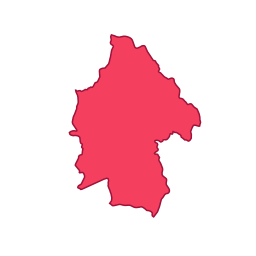 the border of Ouaka, rotated 335°
{"feature_id": "CAF-809", "entity_name": "Ouaka", "entity_type": "Prefecture", "adm_level": 1, "iso_a3": "CAF", "parent_name": "Central African Republic", "parent_adm1": "", "projection": "mercator", "projection_center": [20.78, 6.114], "detail": "fine", "context": "isolated", "style": "filled", "palette": "rose", "viewbox_px": 256, "rotation_deg": 335, "n_neighbors": 0, "source": "natural_earth", "source_scale": "10m", "svg_char_len": 5711}
<svg xmlns="http://www.w3.org/2000/svg" viewBox="0 0 256 256"><g transform="rotate(335 128 128)"><path d="M113.7,219.4L113.5,219.1L112.9,217.9L113.2,216.8L113.8,215.8L114.1,215.0L113.7,213.8L112.8,212.5L111.7,211.5L110.7,211.0L110.2,210.6L109.0,207.9L107.9,206.1L107.0,205.2L106.1,204.8L104.9,204.6L102.2,203.7L101.2,203.2L100.0,202.3L97.4,199.1L96.4,198.4L92.6,196.9L90.8,195.7L89.4,194.5L87.9,193.6L82.8,192.5L81.4,192.0L80.8,191.2L80.5,190.3L79.5,188.6L80.8,187.8L81.3,187.6L82.1,187.1L82.8,186.2L83.8,184.5L84.8,180.5L84.9,178.8L85.0,178.0L85.2,177.0L85.3,173.3L85.5,172.2L85.7,171.6L86.3,170.8L87.0,169.0L87.3,168.6L87.8,168.0L88.1,167.6L88.3,167.0L88.4,166.3L88.5,165.4L87.5,164.6L84.6,164.2L60.3,164.0L59.2,163.7L58.7,162.5L58.3,162.1L58.0,161.7L57.6,161.4L57.4,161.0L57.4,160.6L57.9,160.0L58.4,159.6L59.0,159.4L61.7,159.1L62.4,158.7L67.7,154.4L68.3,153.3L68.6,152.1L68.6,150.3L68.3,149.5L67.9,149.0L65.6,148.3L65.3,148.2L65.2,148.0L65.1,147.7L65.2,147.4L65.9,146.7L66.0,146.5L66.0,146.1L65.9,145.4L64.6,140.2L64.5,139.4L65.4,138.4L70.2,134.6L70.9,133.7L71.1,133.1L71.3,132.9L71.5,132.8L71.7,132.6L72.0,132.5L72.4,132.3L72.7,132.3L73.1,132.3L73.4,132.3L74.4,132.5L74.9,132.5L75.3,132.3L75.6,132.0L76.4,130.6L77.1,129.5L77.6,128.7L77.9,128.3L78.2,128.1L78.4,127.8L78.5,127.4L77.9,126.4L77.9,125.9L78.2,125.2L79.3,124.1L79.6,123.6L79.6,123.1L78.9,122.0L78.8,121.3L79.0,120.1L80.0,117.3L80.3,116.1L80.0,115.1L79.2,113.9L77.9,113.0L77.1,112.5L75.2,111.8L74.7,111.5L74.1,111.0L73.6,110.5L73.2,110.1L72.9,109.6L72.7,109.1L72.7,108.7L73.0,107.3L74.7,107.0L77.0,107.3L78.1,107.8L79.6,108.8L80.1,108.9L80.5,108.9L80.7,108.4L80.7,107.7L79.7,101.3L79.8,99.8L80.3,98.7L83.1,94.9L83.8,94.3L85.6,92.8L88.3,90.1L88.9,89.6L89.4,89.1L89.9,88.4L90.4,87.2L91.2,86.3L92.7,85.0L93.5,84.1L94.1,82.9L95.7,78.8L96.1,76.9L96.1,73.7L96.5,71.6L96.8,71.7L96.9,71.9L96.9,72.2L97.0,72.6L97.2,72.9L98.3,73.3L99.4,73.5L100.4,73.9L100.8,74.6L101.4,75.2L102.7,75.3L104.1,75.2L105.0,75.2L105.5,75.0L106.8,75.8L107.6,76.0L107.9,75.8L108.3,75.4L108.9,75.1L109.5,75.4L109.8,75.3L111.7,75.2L112.0,75.4L112.1,75.7L112.3,75.9L112.7,76.0L113.1,76.0L114.1,75.6L115.5,74.5L116.9,73.4L117.4,73.1L117.8,73.1L119.0,73.4L120.3,72.9L123.8,70.0L124.4,69.2L124.6,68.3L126.2,64.2L126.9,63.3L127.5,63.0L129.6,63.0L130.1,63.1L131.4,63.6L132.1,63.8L132.8,63.8L133.0,63.8L133.2,63.7L133.7,63.4L137.7,61.6L138.3,60.8L138.7,60.5L141.1,57.4L142.0,56.4L145.9,50.8L146.6,50.1L148.7,48.4L148.9,48.3L149.1,48.0L149.2,47.5L149.2,47.0L149.0,46.5L148.1,45.0L148.0,44.5L148.0,43.6L148.3,42.9L149.0,42.2L149.5,41.8L149.9,41.3L150.2,40.8L150.6,39.0L150.9,38.2L151.1,37.7L152.3,36.6L154.7,38.7L156.3,40.5L157.6,41.5L158.8,42.1L162.8,43.0L164.1,43.6L165.5,44.6L166.8,45.8L167.7,46.8L168.2,47.6L168.7,48.5L168.8,49.0L169.0,49.8L169.0,50.8L168.4,56.9L168.4,57.7L168.9,58.7L169.5,59.3L170.3,59.6L173.4,59.7L173.9,59.7L174.4,59.5L175.1,59.5L175.9,59.6L177.2,60.1L177.8,60.7L178.0,61.5L177.9,67.0L179.4,77.0L179.7,77.6L180.8,78.4L181.1,78.9L181.2,81.1L182.1,84.0L182.1,84.5L181.9,84.8L181.7,85.1L181.5,85.4L181.4,85.7L181.4,86.0L181.6,86.7L181.6,87.2L181.6,87.7L181.5,88.0L181.2,88.3L180.0,89.1L179.7,89.4L179.6,89.7L179.6,90.3L179.9,90.7L180.3,91.2L180.8,91.8L182.4,96.6L182.9,97.5L183.4,98.2L183.8,98.7L184.3,99.3L184.7,100.2L185.0,100.6L185.3,100.9L185.8,100.9L187.6,101.0L188.3,101.1L189.0,101.4L189.8,102.2L190.1,102.7L190.2,103.4L190.1,103.9L189.5,105.8L189.4,106.3L189.7,109.3L191.0,113.9L191.0,115.1L190.6,116.2L190.0,117.3L187.7,120.7L187.3,121.5L187.3,122.3L187.6,122.9L189.1,124.0L190.0,125.0L190.3,125.9L190.8,127.8L191.3,128.7L191.5,129.6L191.8,131.4L192.2,132.0L192.9,132.2L193.8,132.2L194.7,132.4L195.4,132.8L195.8,133.5L196.7,136.9L197.2,137.8L198.5,139.8L198.6,140.8L198.4,145.4L197.7,148.5L196.7,150.8L196.3,153.0L196.1,153.6L195.6,154.2L194.5,155.4L193.8,156.5L193.4,156.5L192.7,156.1L190.5,154.2L189.6,153.6L188.9,153.3L188.3,153.4L187.7,153.7L185.7,155.3L183.2,157.8L182.7,160.6L181.0,164.0L179.2,165.2L178.4,165.4L177.8,165.5L177.3,165.4L176.9,165.1L176.0,163.6L175.8,163.4L174.4,162.8L173.9,161.7L173.7,161.1L172.6,159.1L172.4,158.7L172.4,158.3L172.6,158.0L172.7,157.6L172.7,157.0L172.5,156.4L172.3,155.9L171.4,154.8L170.8,153.6L170.2,152.8L169.7,152.4L168.9,152.0L168.4,151.6L167.6,150.5L167.4,150.3L167.1,150.4L167.0,150.6L166.6,151.4L166.3,151.8L166.0,152.1L165.5,152.2L165.2,152.1L164.4,151.3L164.1,151.1L163.8,151.1L163.5,151.4L163.2,151.7L162.0,153.1L161.6,153.4L159.5,154.5L158.9,154.7L158.1,154.8L157.4,154.7L155.6,153.8L155.1,153.7L154.8,153.8L154.6,153.9L154.3,154.2L154.1,154.4L153.7,154.5L153.1,154.6L152.2,154.6L151.8,154.5L151.4,154.1L150.6,152.6L150.1,152.1L149.6,151.7L148.7,151.2L148.2,151.0L147.7,150.9L147.3,150.9L146.9,151.0L146.7,151.3L146.6,151.7L146.6,152.2L146.8,152.7L147.0,153.1L147.6,153.8L147.9,154.1L148.0,154.4L148.0,154.8L148.0,155.2L147.8,155.7L147.5,156.0L146.3,157.2L146.1,157.5L146.0,158.1L146.3,159.5L146.3,160.0L146.2,160.3L146.0,160.6L145.6,160.9L145.2,161.1L142.3,161.6L141.7,161.9L141.3,162.1L141.3,162.4L141.3,162.7L141.5,163.0L141.9,163.3L142.0,163.4L142.9,163.8L143.3,164.0L143.5,164.2L143.7,164.5L143.8,164.8L143.8,166.0L143.8,166.5L144.1,167.7L144.1,168.0L143.9,168.2L143.0,169.1L142.6,169.7L142.3,170.5L142.6,174.1L142.3,178.8L142.0,179.9L141.5,180.9L140.1,182.7L139.7,183.5L139.3,184.3L139.2,185.1L139.3,185.8L139.5,186.6L141.0,189.5L141.2,190.2L141.2,190.8L141.1,191.3L140.7,192.0L139.4,193.9L139.0,194.8L138.8,195.6L138.9,196.5L139.4,199.8L139.4,200.8L139.3,201.7L138.8,202.8L138.1,203.5L137.2,203.9L136.4,204.0L135.8,203.9L134.5,203.6L133.8,203.7L132.9,204.0L130.8,205.4L128.3,206.6L127.6,207.3L123.4,212.4L120.2,215.6L119.0,216.6L113.7,219.4Z" fill="#f43f5e" stroke="#9f1239" stroke-width="1.5"/></g></svg>